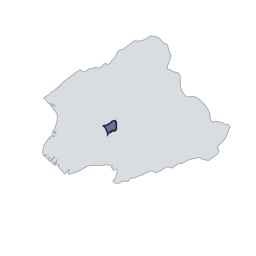 Nasarawa, Nassarawa, Nigeria (highlighted), rotated 51°
{"feature_id": "59680162B9133954487337", "entity_name": "Nasarawa", "entity_type": "district", "adm_level": 2, "iso_a3": "NGA", "parent_name": "Nigeria", "parent_adm1": "Nassarawa", "projection": "equal_earth", "projection_center": [7.947, 8.329], "detail": "fine", "context": "in_parent", "style": "filled", "palette": "slate", "viewbox_px": 256, "rotation_deg": 51, "n_neighbors": 0, "source": "geoboundaries", "source_scale": "gbopen_adm2", "svg_char_len": 5587}
<svg xmlns="http://www.w3.org/2000/svg" viewBox="0 0 256 256"><g transform="rotate(51 128 128)"><path d="M191.3,47.9L197.2,58.7L198.5,66.7L199.0,70.6L200.0,71.1L201.8,71.3L203.1,72.1L204.0,73.4L204.5,74.6L204.6,75.4L204.2,80.2L203.8,81.9L204.1,84.3L204.0,85.3L203.8,86.0L203.0,86.8L201.9,87.5L199.2,89.8L198.5,90.2L197.4,90.2L196.4,90.8L195.3,92.0L192.9,96.6L190.8,101.3L189.3,108.8L187.4,111.1L187.1,113.2L186.8,117.9L186.6,119.3L186.3,119.7L184.3,120.6L183.1,121.6L182.4,123.8L181.6,131.0L181.3,132.2L180.6,133.4L179.6,134.8L178.7,135.5L176.4,136.0L174.3,141.4L174.2,142.4L173.3,147.3L171.6,151.0L171.5,153.4L169.4,156.7L168.3,158.9L169.5,161.3L169.5,161.6L165.9,165.6L165.7,166.2L165.6,168.9L165.3,169.6L164.6,170.6L163.7,171.7L162.7,172.6L161.5,173.2L160.5,173.4L159.8,173.1L159.5,172.2L158.9,168.9L158.6,168.2L157.9,167.5L155.1,163.9L153.4,162.6L153.0,162.7L152.7,163.0L152.3,164.9L151.8,165.5L150.9,165.8L149.4,165.8L148.2,165.5L148.0,165.2L147.4,163.7L144.0,167.1L142.7,167.8L141.2,171.8L139.0,173.7L137.5,175.5L133.5,180.9L132.7,182.4L131.9,184.8L130.2,195.0L127.4,201.3L127.0,202.6L126.8,202.6L126.5,203.2L125.4,202.8L124.9,201.6L124.2,201.4L123.1,199.7L122.8,200.0L124.1,204.4L123.6,206.1L120.2,206.1L117.2,206.7L115.2,206.6L114.2,206.0L113.8,204.4L113.6,204.5L113.5,205.4L112.8,206.1L110.6,206.2L109.6,205.1L108.8,203.9L107.9,203.3L108.0,203.8L109.0,205.1L108.9,206.8L107.1,208.9L105.9,209.0L105.2,208.1L104.8,206.7L104.7,204.5L104.2,203.2L103.9,203.2L104.2,205.5L104.2,207.6L105.1,209.3L103.8,209.8L102.2,209.9L102.0,209.2L101.8,207.9L101.5,207.5L101.2,209.8L97.9,210.5L97.4,210.4L97.3,210.0L97.6,209.3L97.5,208.3L96.8,209.1L96.7,210.7L96.2,210.9L95.0,210.7L93.6,209.9L91.4,207.8L88.7,204.5L88.2,203.0L87.5,201.2L86.1,196.1L86.3,195.9L86.9,196.2L87.3,195.7L86.1,195.4L85.9,195.0L85.8,193.9L85.9,192.5L87.6,191.8L88.0,191.0L88.2,190.1L86.1,191.4L84.1,190.0L83.7,189.1L83.9,188.4L86.2,188.4L87.0,187.8L86.5,187.5L85.6,187.6L85.3,187.1L85.4,186.1L85.1,186.3L84.7,187.2L83.4,187.9L82.6,187.2L82.5,185.7L82.3,185.1L81.7,184.5L79.4,180.6L76.4,177.2L73.8,175.0L69.9,173.9L61.7,173.9L61.2,173.6L61.7,173.1L62.4,172.7L65.1,170.9L64.6,170.6L61.9,171.8L60.9,171.9L59.7,174.1L51.6,174.6L51.6,173.6L52.0,170.7L52.5,168.7L52.0,166.2L51.8,164.0L52.2,163.3L52.3,162.5L52.2,156.8L52.7,156.0L52.7,155.4L51.8,153.0L51.9,151.1L51.7,149.3L51.4,148.5L51.8,141.6L51.7,139.9L52.0,138.7L52.1,135.7L52.1,132.8L52.7,128.2L56.2,127.6L57.0,125.8L57.5,123.5L57.4,121.2L58.5,119.2L59.9,117.5L59.8,115.5L60.2,115.0L60.8,114.5L61.8,114.3L62.8,113.3L63.4,111.6L64.0,109.0L63.1,107.1L63.1,106.7L63.4,105.7L64.0,104.7L64.4,104.3L65.4,104.6L65.7,104.2L66.4,101.2L66.4,100.4L65.4,98.4L64.9,93.1L64.7,92.4L64.0,91.4L62.0,87.6L62.1,85.9L62.9,83.6L63.4,82.5L64.2,81.8L64.3,81.3L64.1,80.7L63.8,80.2L63.7,79.2L64.1,77.7L64.0,76.2L64.2,68.1L65.8,66.5L68.1,63.9L69.2,61.2L69.9,59.1L70.7,52.2L71.9,51.4L74.2,48.9L77.3,47.5L79.3,47.0L82.9,47.3L84.7,47.0L86.2,45.7L86.9,45.3L87.8,45.1L96.7,48.6L97.5,48.5L98.1,48.7L99.2,49.7L101.8,53.0L104.5,58.2L105.4,59.3L106.2,59.9L107.1,60.1L107.8,60.0L108.4,59.5L109.3,58.6L110.6,58.1L111.6,58.2L117.1,54.2L117.6,54.2L121.0,55.0L125.6,59.0L129.4,61.6L132.0,62.5L135.2,63.1L140.4,63.3L144.4,57.7L145.9,56.5L147.7,55.4L151.4,54.4L157.6,53.7L163.3,54.0L166.9,54.9L170.7,56.7L172.4,58.5L174.9,58.8L176.8,58.4L177.4,56.7L179.2,54.4L182.0,52.3L184.2,50.9L186.0,50.2L187.7,48.5L189.0,48.0L191.3,47.9ZM110.8,208.5L109.5,209.0L108.7,208.9L109.8,206.6L110.4,207.1L111.1,207.3L110.8,208.5Z" fill="#d9dde1" stroke="#a8b0b8" stroke-width="1"/><path d="M113.1,135.4L112.7,136.0L112.8,136.5L113.0,137.4L112.9,138.0L112.9,138.3L112.9,138.9L113.0,139.1L112.9,139.5L112.8,140.1L112.6,140.8L112.6,141.1L112.6,142.1L112.5,142.4L112.2,142.8L112.0,143.5L111.8,144.2L111.7,144.3L111.5,144.5L111.3,144.6L111.1,144.9L111.0,145.0L111.1,145.4L111.0,145.6L110.9,145.8L112.0,145.6L112.5,145.5L112.8,145.5L113.4,145.5L113.5,145.5L113.9,145.6L114.5,145.7L115.0,145.8L115.5,146.0L115.9,146.1L116.3,146.2L116.5,146.2L116.7,146.3L117.0,146.3L117.4,146.5L117.7,146.6L118.1,146.6L118.4,146.8L118.6,146.9L118.9,147.1L119.5,147.4L119.6,147.5L120.3,148.1L120.1,147.3L119.8,147.0L119.7,146.8L119.6,146.4L119.7,146.2L119.6,145.9L119.7,145.7L119.8,145.7L119.8,145.4L119.8,145.2L119.9,144.9L120.0,144.9L120.0,145.0L120.2,144.9L120.3,144.7L120.3,144.4L120.5,144.3L120.5,144.2L120.5,143.9L120.4,143.9L120.4,143.7L120.3,143.4L120.2,143.3L120.3,143.3L120.3,143.2L120.2,143.2L120.2,142.9L120.3,142.7L120.2,142.7L120.3,142.6L120.4,142.4L120.5,142.4L120.4,142.4L120.5,142.3L120.5,142.2L120.4,142.3L120.4,142.2L120.4,141.9L120.5,142.0L120.5,141.9L120.5,141.7L120.6,141.4L120.6,141.5L120.8,141.5L120.8,141.4L120.7,141.4L120.8,141.3L120.7,141.3L120.7,141.2L120.6,140.9L120.8,140.7L120.7,140.7L120.7,140.4L120.7,140.5L120.8,140.4L120.7,140.3L120.8,140.2L120.8,140.3L121.0,140.4L121.0,140.2L121.1,139.9L121.3,139.8L121.2,139.9L121.3,140.0L121.4,139.9L121.5,139.7L121.6,139.8L121.6,139.6L121.8,139.5L121.8,139.3L121.9,139.2L122.1,139.3L122.2,139.2L122.0,138.7L121.9,138.6L121.7,138.2L121.6,137.9L121.5,137.7L121.4,137.7L121.2,137.6L121.2,137.4L121.1,137.2L120.9,137.2L120.7,137.2L120.5,136.9L120.4,136.9L120.0,136.7L119.8,136.5L119.8,136.3L119.8,136.2L119.6,136.0L119.1,135.9L118.9,135.7L118.5,135.2L118.0,134.7L117.9,134.7L117.7,134.5L117.6,134.4L117.4,134.4L117.1,134.1L116.7,133.9L116.5,134.1L116.3,134.3L116.1,134.3L115.7,134.1L115.5,133.9L115.4,133.5L115.2,133.6L115.0,133.3L114.7,133.3L114.2,133.2L113.9,133.5L113.4,134.7L113.3,135.0L113.2,135.2L113.1,135.4L113.1,135.4Z" fill="#64748b" stroke="#1e293b" stroke-width="1.5"/></g></svg>